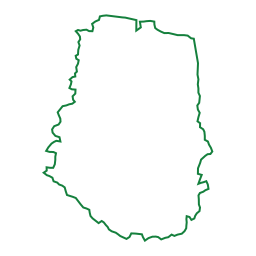 outline of Queimadas, Paraíba, Brazil
{"feature_id": "56859067B78633571836614", "entity_name": "Queimadas", "entity_type": "district", "adm_level": 2, "iso_a3": "BRA", "parent_name": "Brazil", "parent_adm1": "Paraíba", "projection": "robinson", "projection_center": [-35.92, -7.398], "detail": "fine", "context": "isolated", "style": "outline", "palette": "green", "viewbox_px": 256, "rotation_deg": 0, "n_neighbors": 0, "source": "geoboundaries", "source_scale": "gbopen_adm2", "svg_char_len": 2437}
<svg xmlns="http://www.w3.org/2000/svg" viewBox="0 0 256 256"><path d="M208.5,188.9L207.8,184.5L206.3,181.2L203.5,182.2L200.8,182.9L198.4,183.8L200.1,179.0L201.7,174.9L197.9,173.8L198.0,168.3L200.1,163.0L201.1,159.6L203.3,157.6L205.3,155.8L207.6,154.2L210.4,154.0L212.3,151.5L210.9,147.8L209.0,144.6L207.9,141.5L204.8,139.8L204.8,135.9L204.4,131.8L203.2,129.3L200.0,127.2L200.1,123.2L197.5,121.3L198.4,117.3L199.7,112.8L197.9,109.6L197.3,105.5L199.2,102.8L199.6,99.1L199.9,96.0L198.4,92.7L198.4,88.3L197.8,84.4L198.4,79.3L197.5,74.6L198.0,63.2L193.8,38.7L191.1,38.3L187.7,35.6L183.8,35.1L180.2,35.1L177.5,35.1L173.8,34.2L168.6,33.0L164.3,33.1L160.7,31.5L157.4,29.7L155.2,28.0L154.4,24.5L154.3,21.6L150.3,20.9L146.3,21.2L143.6,21.6L139.9,21.7L140.8,27.4L136.3,30.6L136.4,20.1L125.2,17.6L122.4,17.4L106.3,15.4L102.7,15.8L99.9,16.4L99.0,19.9L95.3,21.5L92.1,23.9L93.3,27.5L92.4,31.2L89.1,31.1L86.5,29.7L83.1,30.0L80.5,30.7L78.0,30.0L75.8,31.2L78.1,33.8L79.9,36.5L80.2,39.3L78.4,42.1L79.6,45.5L78.3,49.8L78.0,54.5L75.7,55.8L76.3,58.7L78.7,60.2L78.0,63.7L76.2,67.1L76.9,71.6L75.0,73.4L75.3,76.5L72.5,77.1L69.7,79.6L71.5,81.4L70.9,84.4L69.4,88.0L71.8,89.3L75.5,89.6L75.3,93.6L72.6,96.3L73.1,99.7L74.8,101.8L72.3,103.7L69.2,104.3L66.4,105.4L62.6,106.2L60.3,109.1L57.7,112.3L58.7,115.0L60.3,118.6L60.5,121.7L58.6,124.5L54.2,126.2L52.1,129.4L52.6,132.6L55.4,135.9L59.5,137.2L60.4,141.5L56.3,140.8L54.0,141.9L51.5,143.6L48.3,147.4L46.2,150.9L49.5,151.9L53.4,152.0L56.0,153.2L55.3,156.7L55.3,159.9L54.8,164.3L53.2,167.8L50.0,167.8L46.6,167.3L46.7,170.6L43.7,172.7L46.9,175.2L49.3,176.0L52.4,177.7L53.6,181.3L57.3,182.6L59.1,184.5L62.2,185.6L64.7,187.4L65.8,191.4L67.0,195.0L69.5,195.8L72.7,196.8L75.8,198.0L80.6,204.3L83.3,207.5L86.5,208.5L89.3,209.8L89.7,212.6L90.5,216.0L92.6,218.4L95.8,220.9L98.6,223.1L101.7,221.0L103.8,222.4L105.9,225.1L107.7,227.0L108.9,229.4L111.7,231.3L115.8,232.7L118.2,234.4L120.2,236.0L122.8,237.2L126.5,238.9L129.5,237.0L131.3,233.4L135.8,233.6L139.2,234.0L141.9,234.3L142.9,237.0L144.9,240.6L148.5,238.1L152.4,236.7L155.8,236.6L158.2,237.1L161.2,239.4L165.3,237.8L168.3,237.2L171.6,234.6L174.4,235.9L177.6,234.6L181.8,233.7L184.5,231.2L186.2,228.3L186.4,225.3L186.7,222.4L186.4,219.1L186.7,216.2L189.5,217.0L191.4,219.9L194.3,218.5L195.2,215.8L196.8,213.3L199.5,211.1L200.0,207.5L198.9,204.5L198.8,199.1L198.5,195.4L199.9,193.0L203.3,191.7L205.4,190.2L208.5,188.9Z" fill="none" stroke="#15803d" stroke-width="2"/></svg>